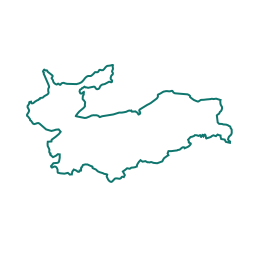 outline of Arunachal Pradesh, rotated 192°
{"feature_id": "IND-3299", "entity_name": "Arunachal Pradesh", "entity_type": "State", "adm_level": 1, "iso_a3": "IND", "parent_name": "India", "parent_adm1": "", "projection": "natural_earth1", "projection_center": [94.95, 28.008], "detail": "fine", "context": "isolated", "style": "outline", "palette": "teal", "viewbox_px": 256, "rotation_deg": 192, "n_neighbors": 0, "source": "natural_earth", "source_scale": "10m", "svg_char_len": 5896}
<svg xmlns="http://www.w3.org/2000/svg" viewBox="0 0 256 256"><g transform="rotate(192 128 128)"><path d="M192.8,85.8L195.3,83.9L198.5,85.7L198.3,86.3L198.4,86.8L198.6,87.1L199.1,87.1L199.8,87.7L200.1,88.5L200.4,90.4L200.9,91.3L202.8,93.7L203.4,95.9L203.6,97.9L200.1,98.9L200.2,100.7L196.9,104.4L194.3,107.8L193.1,110.3L195.5,112.2L198.1,111.4L200.0,110.3L202.3,109.2L207.8,109.6L215.5,113.9L216.6,114.2L217.8,113.9L219.0,113.1L220.6,112.3L221.9,112.6L224.3,114.9L225.3,115.2L225.7,116.2L226.0,116.6L228.0,118.3L229.3,119.0L229.5,120.2L228.5,122.8L228.3,124.3L228.8,125.4L230.5,127.4L230.8,128.6L230.0,130.4L229.8,131.1L229.9,132.6L229.8,132.9L229.1,133.3L228.3,133.6L228.2,133.3L228.1,132.8L227.7,132.2L227.2,132.1L226.5,132.3L225.8,132.7L224.4,134.5L222.6,136.2L221.7,136.7L221.4,137.3L221.2,137.6L220.5,137.8L220.3,138.1L220.1,139.1L218.1,139.8L217.6,140.1L216.5,141.7L213.9,144.0L213.4,144.7L213.1,145.5L213.1,146.4L213.7,147.5L214.1,149.5L214.1,150.1L213.7,151.4L213.8,152.2L214.7,153.7L220.5,161.9L221.7,163.4L221.8,164.6L222.7,165.3L222.9,165.8L222.3,167.5L221.9,167.7L220.8,167.1L219.4,167.5L219.0,167.3L218.2,166.3L213.3,163.9L212.5,163.2L212.5,162.5L213.1,160.9L212.9,160.6L211.7,159.5L211.3,159.0L210.6,157.6L210.1,157.1L209.5,156.6L208.3,156.0L207.6,155.8L206.9,155.7L206.5,155.9L206.0,156.6L205.6,156.8L205.1,156.9L204.3,156.3L203.4,156.1L203.0,156.4L202.7,157.2L202.0,158.1L201.4,158.4L200.7,158.7L200.0,158.8L199.4,158.6L197.0,158.5L187.6,160.2L185.2,161.4L183.0,163.1L181.7,165.1L180.4,167.8L179.6,169.0L178.6,170.1L177.7,170.6L175.6,171.0L174.7,171.5L173.2,173.5L171.9,175.7L171.4,175.9L169.8,176.1L169.2,176.4L168.8,176.9L168.1,178.8L167.5,179.1L165.9,179.0L164.5,179.4L163.5,180.8L162.7,182.6L161.7,184.0L161.0,184.5L158.3,185.4L157.0,186.1L156.3,186.4L155.8,186.3L155.8,185.0L155.1,183.1L155.0,182.3L155.4,180.2L155.3,179.9L155.1,179.6L154.4,178.9L154.2,178.5L154.1,178.0L154.1,177.3L154.2,177.0L154.9,176.3L155.2,175.6L155.4,173.6L155.1,172.4L154.5,171.8L153.8,171.4L153.4,171.1L153.3,169.8L153.6,169.4L154.1,169.2L155.5,169.4L156.3,169.2L159.7,166.3L160.8,165.7L162.1,165.2L163.0,164.4L163.5,163.7L163.9,162.9L164.2,161.4L164.6,160.5L165.2,160.0L166.0,159.6L166.4,159.5L166.9,159.6L167.5,159.9L169.1,161.3L169.9,161.4L175.4,159.0L177.1,159.1L178.0,158.9L179.1,159.4L179.5,159.1L180.0,158.2L181.1,157.7L181.6,156.5L182.7,155.7L182.9,155.4L183.0,153.9L182.9,153.5L182.0,152.2L181.8,152.0L181.2,151.9L180.4,152.1L180.1,152.3L179.0,153.9L178.7,154.1L178.5,153.7L178.6,152.4L178.5,152.0L178.3,151.9L178.3,151.4L178.8,149.9L178.5,147.4L178.3,146.8L178.0,146.5L176.8,145.8L176.4,145.3L175.6,144.7L175.4,144.3L175.2,143.9L175.0,141.4L174.6,140.5L175.0,139.4L175.9,138.0L179.0,134.1L180.3,131.8L180.8,130.6L181.5,129.2L181.5,128.8L181.2,128.7L172.4,128.8L170.9,129.3L167.9,131.3L166.3,132.6L164.5,133.3L161.5,133.9L160.0,133.8L159.1,133.5L158.1,132.8L157.8,132.8L157.5,133.0L155.8,134.1L145.2,138.2L139.9,141.2L137.2,141.8L135.1,142.6L133.1,143.5L131.3,144.9L130.2,145.4L129.3,145.3L128.4,145.8L127.5,144.8L124.1,145.8L123.0,145.2L121.8,144.9L121.6,144.7L121.0,143.8L120.5,143.4L120.2,143.5L119.3,144.4L119.1,145.0L119.3,145.7L119.7,146.2L120.4,147.0L120.7,147.7L120.2,148.7L113.9,154.7L112.6,155.7L110.9,157.2L106.1,162.7L105.7,163.4L105.4,164.1L105.3,165.2L105.7,166.4L105.6,166.7L105.4,167.1L104.3,167.8L103.0,168.9L101.5,170.4L100.7,171.0L98.4,172.0L97.4,172.2L95.4,172.4L94.6,172.6L93.0,173.4L92.3,173.5L90.9,172.2L90.2,171.9L89.3,171.7L76.7,173.3L75.6,173.0L74.7,172.7L74.0,172.2L73.8,171.8L73.7,171.2L72.5,170.5L69.4,169.1L66.8,168.6L65.3,168.4L64.6,168.6L63.2,170.0L62.7,170.5L62.0,170.8L59.9,171.3L57.3,172.2L53.4,173.4L52.1,174.0L50.3,174.1L47.9,175.0L43.3,174.6L43.4,173.9L42.8,171.5L42.2,170.1L40.5,168.2L40.0,166.8L40.1,166.0L40.3,164.5L40.6,163.8L41.5,162.7L41.8,161.1L42.3,160.5L43.4,159.4L43.7,158.7L41.4,152.1L39.7,151.0L37.0,151.5L35.5,151.3L32.8,151.7L30.9,151.5L30.1,151.1L28.4,150.7L27.9,150.0L27.6,149.3L26.6,148.4L26.2,147.8L25.5,144.7L25.7,143.0L27.4,140.5L27.7,139.2L27.8,137.7L26.7,136.5L25.3,136.0L25.2,134.7L27.5,134.7L29.4,134.8L31.1,136.8L34.5,136.6L35.6,138.5L35.9,139.9L37.4,139.9L39.0,140.2L40.3,138.3L43.0,138.6L44.4,137.5L45.2,136.4L49.2,134.1L49.5,134.3L50.4,136.4L50.9,137.2L51.4,137.5L51.9,136.8L52.4,135.5L52.5,135.6L52.7,136.3L53.1,136.8L53.7,136.8L54.2,135.1L54.6,134.5L55.0,134.6L55.5,135.7L55.8,136.0L56.2,135.9L57.5,134.9L59.1,135.2L61.1,134.9L61.7,134.0L63.3,132.9L64.9,132.2L66.8,129.0L65.6,127.3L65.6,126.7L65.2,126.3L63.9,126.1L63.4,125.9L63.3,125.3L64.0,123.8L64.8,122.7L65.9,121.7L68.4,120.0L68.8,120.7L69.8,120.7L70.4,120.5L70.9,120.1L71.4,119.6L72.8,117.7L73.5,117.3L74.8,116.8L75.3,116.3L80.8,114.4L83.6,113.8L84.0,111.4L82.8,109.8L84.0,108.7L86.4,106.0L87.0,104.5L87.5,102.5L92.1,99.6L95.8,99.2L97.8,99.5L98.4,99.5L99.8,98.8L101.3,98.7L101.9,98.5L104.0,99.2L106.8,98.1L109.1,99.1L110.3,97.1L111.0,95.4L111.4,94.0L111.4,92.1L112.1,91.8L112.6,91.3L114.5,90.5L116.5,89.9L117.8,88.5L120.5,88.4L122.0,86.5L124.0,84.4L121.3,81.3L121.9,79.1L123.2,79.2L123.6,79.1L124.0,78.7L124.5,77.5L124.9,77.1L125.7,76.6L126.6,76.5L128.5,76.4L129.9,76.0L130.4,75.6L132.3,72.5L132.9,71.9L134.0,71.8L135.3,72.3L136.6,73.3L138.4,75.6L138.8,76.3L138.6,78.0L139.1,78.3L141.9,78.2L143.2,78.6L146.7,78.9L148.7,79.4L150.5,80.6L151.2,80.8L154.1,81.4L154.4,81.6L154.6,82.0L154.7,82.7L155.0,82.9L157.0,83.2L160.0,83.9L162.2,83.5L164.3,82.5L165.1,79.8L165.5,79.6L165.5,78.6L165.1,77.0L165.2,76.5L166.5,76.4L166.5,75.6L166.6,75.2L167.0,74.9L168.0,74.8L169.9,75.7L172.4,76.1L173.4,73.7L173.3,70.9L174.4,70.7L175.1,70.3L177.5,71.6L180.7,70.1L185.0,69.6L187.3,69.7L187.7,70.3L188.2,72.5L188.6,73.2L189.6,74.5L190.7,75.1L191.8,75.1L193.1,74.3L193.8,73.7L194.2,73.5L194.7,73.7L195.3,74.5L195.3,75.0L194.4,76.4L193.9,77.7L193.5,78.1L189.8,79.2L189.2,79.6L188.5,80.8L188.6,84.7L189.3,88.0L191.2,87.8L192.8,85.8Z" fill="none" stroke="#0f766e" stroke-width="2"/></g></svg>